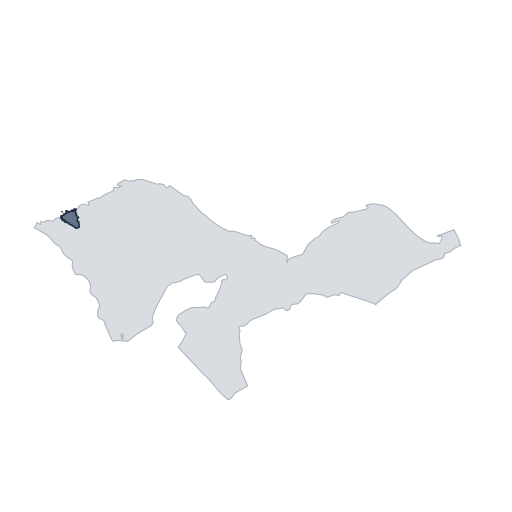 location of Macomia, Cabo Delgado, Mozambique, rotated 247°
{"feature_id": "85939544B2345621089228", "entity_name": "Macomia", "entity_type": "district", "adm_level": 2, "iso_a3": "MOZ", "parent_name": "Mozambique", "parent_adm1": "Cabo Delgado", "projection": "albers", "projection_center": [40.255, -12.036], "detail": "fine", "context": "in_parent", "style": "filled", "palette": "slate", "viewbox_px": 512, "rotation_deg": 247, "n_neighbors": 0, "source": "geoboundaries", "source_scale": "gbopen_adm2", "svg_char_len": 7306}
<svg xmlns="http://www.w3.org/2000/svg" viewBox="0 0 512 512"><g transform="rotate(247 256 256)"><path d="M164.5,347.1L167.5,344.6L187.8,321.5L189.1,320.6L187.3,316.9L189.9,312.5L190.1,305.7L190.9,304.6L194.0,302.2L198.3,295.1L200.9,289.6L201.1,287.0L197.0,279.7L195.7,275.8L196.8,272.3L197.1,269.0L196.6,268.0L194.1,266.7L193.6,265.3L193.6,263.6L194.1,262.6L197.0,261.0L197.7,260.2L199.9,251.5L198.9,245.0L198.6,237.5L199.0,229.8L198.7,225.4L196.6,220.4L196.3,216.8L197.6,214.2L197.8,212.7L193.1,212.0L190.7,210.0L181.6,207.0L174.7,206.7L168.8,201.8L164.3,201.1L158.4,197.6L140.2,197.6L139.5,197.2L138.5,186.1L137.7,182.4L135.3,178.6L134.5,175.9L134.6,174.0L144.6,169.6L164.2,163.3L168.5,161.2L202.0,148.9L202.9,149.5L206.5,155.3L212.3,161.7L213.6,160.8L221.7,159.5L222.9,158.7L225.3,158.0L228.1,157.6L229.1,157.9L232.2,162.0L233.4,169.6L233.6,174.8L233.3,178.5L231.0,182.8L229.4,188.2L226.9,191.2L227.0,192.6L229.9,195.7L230.6,197.0L230.5,199.8L231.0,200.9L233.6,202.6L235.5,205.2L243.0,212.8L244.9,214.2L246.4,214.5L247.1,216.0L246.7,217.8L245.6,218.8L246.1,220.3L247.5,221.4L250.9,221.1L251.2,220.6L250.9,213.8L249.7,209.8L248.2,208.0L250.9,200.6L252.4,198.5L257.9,197.6L260.4,196.8L261.4,195.9L262.2,193.6L262.7,187.0L262.9,180.8L262.2,177.2L262.9,171.7L264.1,168.3L263.5,167.7L263.0,163.1L248.9,145.1L240.9,137.1L239.6,136.2L235.2,135.6L232.9,132.7L230.7,116.3L227.6,104.5L231.9,96.6L233.3,91.5L234.3,90.7L238.1,90.4L251.9,90.3L255.2,90.7L256.8,90.2L260.3,87.0L263.2,87.0L267.2,88.9L269.4,90.6L269.8,92.1L272.5,92.9L277.4,93.0L281.0,92.2L283.2,90.4L285.6,89.5L288.0,89.4L289.9,89.9L291.2,91.2L293.6,92.1L297.2,92.6L301.1,91.8L305.3,89.5L307.7,87.1L309.0,83.2L309.8,82.7L315.7,82.3L318.9,83.0L323.1,85.4L330.1,81.0L334.5,79.5L338.8,79.5L342.3,78.4L345.0,76.3L347.9,75.0L353.8,73.4L357.8,71.3L368.8,62.8L370.0,65.3L372.3,67.5L369.3,69.9L371.9,71.5L370.0,73.8L369.8,75.5L370.7,77.0L369.4,79.7L367.8,81.8L367.4,83.3L368.8,86.1L368.1,91.0L370.4,99.3L369.7,102.0L370.2,108.4L369.3,110.8L370.7,111.6L371.5,114.2L370.8,118.7L368.4,120.6L368.1,122.4L371.2,122.4L371.2,128.1L370.8,129.8L371.5,131.7L370.6,133.8L371.7,142.8L371.8,149.4L371.9,150.4L374.5,151.5L374.5,153.3L372.8,155.7L372.9,159.2L374.8,156.4L375.9,156.4L376.9,157.5L376.9,161.5L377.5,163.5L377.2,165.2L374.2,168.4L374.0,171.6L372.8,172.0L372.3,172.8L373.1,174.7L373.0,176.3L370.9,181.3L360.6,193.2L360.4,195.3L357.8,199.0L355.0,199.7L353.4,200.7L354.6,204.0L340.9,212.4L339.6,213.6L337.4,216.7L332.8,218.4L328.0,218.6L327.1,219.2L316.1,223.2L313.9,225.1L309.2,226.8L301.8,231.0L295.8,235.1L288.9,241.1L288.1,244.3L284.9,248.6L280.1,253.6L277.2,257.7L277.1,259.6L275.4,260.1L273.9,258.4L273.3,261.8L272.1,262.0L270.8,261.3L264.7,265.0L260.3,269.1L254.0,276.9L244.7,284.6L242.6,284.8L239.6,282.2L237.9,282.1L240.4,284.9L240.4,291.2L239.4,298.5L239.6,300.1L245.9,307.8L249.1,316.8L249.4,321.5L252.7,327.4L254.2,336.4L254.1,344.7L255.6,346.1L256.1,344.8L256.3,339.6L257.1,338.2L257.9,338.3L258.8,341.2L259.1,344.2L258.0,350.7L258.4,353.4L260.1,357.8L258.3,363.0L255.8,377.2L256.5,378.1L257.9,378.4L258.4,376.9L259.2,376.9L259.7,377.8L258.6,383.4L257.5,385.8L253.6,391.9L251.4,394.5L247.9,397.1L239.4,401.2L222.6,407.2L211.9,411.9L203.6,417.4L200.0,421.1L198.5,425.1L195.8,429.4L198.3,432.9L201.6,435.3L203.0,431.1L203.8,431.0L202.8,448.6L191.1,449.2L187.7,448.6L185.8,448.8L185.5,441.5L183.9,436.1L184.4,432.2L184.1,430.1L181.6,428.8L180.9,424.6L182.2,421.3L181.4,394.3L176.9,381.3L171.0,372.0L170.5,367.3L167.7,356.9L164.5,347.1ZM235.1,103.3L236.5,102.5L236.7,101.1L235.8,100.5L234.9,100.7L234.6,102.8L235.1,103.3ZM234.1,100.8L232.9,99.8L232.0,100.1L231.8,101.0L232.7,102.1L233.6,102.1L234.1,100.8Z" fill="#d9dde1" stroke="#a8b0b8" stroke-width="1"/><path d="M369.0,108.5L369.3,108.5L369.4,108.1L369.3,108.3L369.3,108.2L369.4,107.8L369.5,107.7L369.8,107.5L369.7,107.2L369.6,107.3L369.4,107.3L369.7,107.2L369.8,107.2L369.9,106.9L370.0,106.9L369.7,106.5L369.8,106.4L369.7,106.3L369.7,106.2L369.7,105.9L369.5,105.7L369.2,105.6L368.8,105.5L368.7,105.4L368.7,104.9L368.8,104.6L368.8,104.9L368.8,105.0L369.0,105.3L369.2,105.5L369.4,105.6L369.5,105.5L369.5,105.4L369.6,105.2L369.7,104.9L369.9,104.6L369.8,104.4L369.6,104.4L369.5,104.2L369.4,104.2L369.5,104.1L370.0,104.0L369.9,103.8L369.5,103.1L369.4,102.6L369.4,102.3L369.6,101.8L369.9,101.4L369.9,101.2L369.7,100.8L369.7,100.6L369.6,100.2L370.0,99.5L370.5,99.2L370.8,99.2L370.7,99.1L370.4,99.0L370.2,98.8L370.0,98.7L369.7,98.5L369.5,98.1L369.4,97.5L369.3,97.4L369.2,96.8L369.3,96.4L369.6,96.0L370.0,95.8L370.0,95.7L369.9,95.6L370.0,95.6L369.9,95.6L369.4,95.5L369.2,95.4L369.0,95.1L368.8,94.8L368.7,94.8L368.7,94.5L368.8,94.3L368.8,94.2L368.8,93.7L368.8,93.3L368.9,93.1L368.7,93.2L368.4,93.2L368.2,92.7L368.2,92.2L368.2,91.9L367.9,92.0L368.0,91.9L368.3,91.8L368.3,91.7L368.0,91.5L367.7,91.6L367.4,91.6L367.2,91.7L367.2,91.8L367.1,91.7L367.0,91.8L366.9,91.9L367.0,91.9L366.9,92.0L366.9,91.9L366.8,92.0L366.7,92.1L366.7,91.9L366.6,92.0L366.5,91.9L366.5,91.7L366.4,91.7L366.2,91.6L365.8,91.5L365.7,91.7L365.8,91.8L365.7,91.8L365.6,91.7L365.7,91.8L365.4,91.8L365.4,92.1L365.3,92.3L365.2,92.3L365.1,92.2L364.9,92.1L365.0,92.3L364.9,92.4L364.9,92.5L364.6,92.7L364.5,92.9L364.4,92.9L364.5,93.0L364.4,93.3L364.2,93.2L364.2,93.3L364.0,93.5L363.9,93.6L363.8,93.8L363.7,93.8L363.7,94.0L363.3,94.1L363.1,94.0L363.0,93.8L362.9,93.8L362.7,93.6L362.3,93.5L362.2,93.6L362.2,93.4L362.0,93.5L361.9,93.5L361.6,93.5L361.4,93.6L361.5,93.8L361.4,93.8L361.3,94.1L361.2,94.2L361.2,94.4L361.2,94.6L361.1,94.9L361.2,95.1L361.2,95.3L361.0,95.5L360.9,95.5L360.7,95.5L360.4,95.5L360.0,96.0L359.8,96.2L359.7,96.3L359.6,96.2L359.3,96.0L359.2,96.2L358.9,96.5L358.7,96.5L358.2,96.7L358.1,96.8L357.9,96.9L357.9,97.1L357.7,97.2L357.4,97.3L357.2,97.5L357.0,97.8L356.9,98.1L356.9,98.3L356.7,98.4L356.7,98.5L356.4,98.5L356.1,98.5L355.8,98.7L355.6,98.7L355.5,99.0L355.1,99.2L354.9,99.3L354.7,99.5L354.4,99.8L354.2,99.9L354.1,100.0L353.9,100.1L353.7,100.1L353.5,100.3L353.4,100.3L353.0,100.5L352.7,100.8L352.4,100.9L352.2,101.0L352.0,100.9L351.9,101.0L352.0,101.3L352.0,101.5L351.9,101.8L352.0,101.9L351.9,102.0L351.7,102.2L351.6,102.3L351.7,102.5L351.6,102.9L351.5,103.1L351.7,103.7L351.7,103.8L351.5,104.0L351.7,104.3L351.8,104.5L352.0,104.6L352.3,104.7L352.4,104.9L352.5,104.9L353.5,105.2L354.3,105.4L354.5,105.5L354.8,105.6L355.5,105.7L356.0,105.9L356.5,106.2L356.6,106.3L356.8,106.1L357.1,105.9L357.2,105.7L357.7,105.5L357.8,105.2L358.3,105.3L359.3,105.8L359.7,106.0L360.9,107.8L361.0,107.8L361.8,106.8L362.0,106.8L362.3,106.9L362.7,107.0L362.8,107.0L363.1,106.7L363.4,106.6L363.7,106.6L363.9,106.6L364.5,107.0L364.8,106.4L365.2,106.5L365.4,106.8L365.8,106.9L366.0,107.1L366.3,107.2L366.5,107.1L366.8,107.1L367.0,106.8L367.3,106.9L367.4,107.0L367.6,107.0L368.1,107.2L368.2,107.5L368.4,107.5L368.5,107.9L368.7,108.0L368.8,108.2L368.9,108.3L369.0,108.4L369.0,108.5ZM371.6,98.6L371.2,98.5L371.4,98.8L371.5,98.9L371.5,99.1L371.8,98.8L371.8,98.6L371.7,98.6L371.6,98.6ZM369.4,108.0L369.6,107.9L369.4,108.0ZM372.2,94.8L371.9,94.8L372.1,94.9L372.2,94.8ZM370.7,100.3L370.7,100.2L370.6,100.3L370.7,100.3ZM368.8,105.3L368.8,105.2L368.8,105.3L368.8,105.3ZM369.5,108.1L369.4,108.1L369.5,108.0L369.4,108.1L369.5,108.1ZM370.5,99.6L370.4,99.6L370.5,99.6ZM368.8,105.5L368.7,105.3L368.8,105.5Z" fill="#64748b" stroke="#1e293b" stroke-width="1.5"/></g></svg>